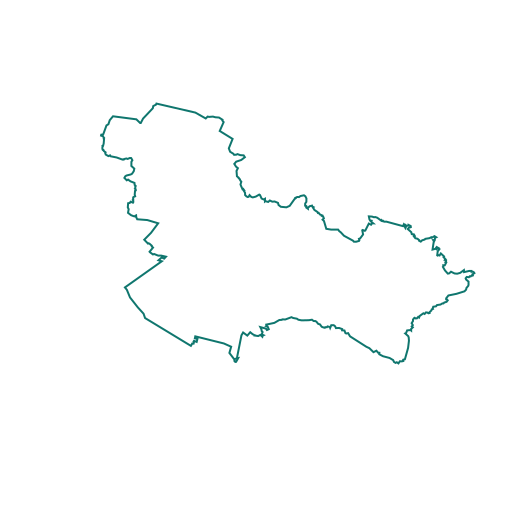 the district of Villa Corona, Jalisco, Mexico, rotated 122°
{"feature_id": "50627088B54593739216200", "entity_name": "Villa Corona", "entity_type": "district", "adm_level": 2, "iso_a3": "MEX", "parent_name": "Mexico", "parent_adm1": "Jalisco", "projection": "albers", "projection_center": [-103.727, 20.389], "detail": "fine", "context": "isolated", "style": "outline", "palette": "teal", "viewbox_px": 512, "rotation_deg": 122, "n_neighbors": 0, "source": "geoboundaries", "source_scale": "gbopen_adm2", "svg_char_len": 6059}
<svg xmlns="http://www.w3.org/2000/svg" viewBox="0 0 512 512"><g transform="rotate(122 256 256)"><path d="M275.3,105.4L272.5,103.7L273.3,101.2L272.7,100.1L274.0,99.4L273.7,95.2L271.7,88.7L271.6,84.5L272.7,82.9L272.7,81.0L271.5,80.3L271.6,78.3L269.0,78.2L268.1,76.5L267.0,75.4L266.6,75.7L266.9,76.1L265.9,76.2L264.7,75.0L263.6,75.3L253.4,78.3L246.8,81.4L244.2,83.3L243.3,84.4L242.6,88.4L241.8,87.9L239.0,88.4L236.9,85.7L237.0,84.9L235.6,85.8L233.4,85.2L233.2,86.6L231.5,86.4L230.5,88.4L228.0,88.4L226.7,89.2L224.9,89.0L224.3,88.7L224.4,87.6L223.6,86.5L221.7,86.2L221.8,85.1L220.1,85.4L215.9,83.7L215.8,82.3L213.8,82.0L213.2,80.9L213.2,79.4L212.4,78.6L211.9,79.1L209.3,78.4L208.2,78.7L207.1,77.9L206.8,78.4L205.1,78.8L203.3,76.7L201.7,76.5L199.4,73.8L197.4,72.8L196.9,71.9L195.7,71.7L193.9,70.1L192.0,69.9L191.6,71.3L191.9,71.8L191.1,72.3L187.5,71.9L181.8,65.9L175.5,60.5L173.2,60.0L171.6,60.6L168.8,60.2L167.8,60.5L165.1,62.2L164.6,65.4L163.8,66.4L162.1,66.2L161.2,64.2L159.8,63.9L159.6,63.1L158.5,62.8L157.8,61.8L157.4,61.8L156.8,62.7L154.8,61.7L154.4,62.4L154.4,63.7L155.2,64.9L154.5,65.4L155.6,67.2L159.4,71.0L157.8,72.2L162.1,73.9L164.4,76.0L165.6,78.4L166.0,82.3L168.4,83.0L169.3,84.0L168.1,88.1L166.2,91.7L165.6,91.6L164.6,92.3L163.8,91.0L160.8,91.2L160.8,92.1L159.9,91.9L158.8,92.6L159.3,93.8L158.2,93.9L157.6,96.3L156.7,96.3L155.9,100.6L158.3,100.6L158.6,101.9L159.4,102.2L159.4,102.7L155.7,104.4L153.0,104.1L153.0,104.8L152.5,105.1L152.6,106.2L155.6,106.7L152.7,106.4L152.6,107.5L155.0,107.8L157.0,109.7L150.0,112.7L149.4,112.6L148.6,114.2L147.7,112.9L145.7,113.8L144.6,113.1L144.6,115.2L147.4,116.6L147.2,117.3L149.0,118.4L151.7,121.5L152.7,121.7L154.6,123.4L156.5,123.9L156.6,125.8L156.1,126.0L155.8,128.2L156.5,130.3L155.7,132.4L154.9,131.9L154.3,133.0L154.5,133.6L154.1,133.8L154.9,135.5L153.5,137.0L152.7,141.6L151.1,141.4L149.5,140.0L148.6,140.7L148.8,143.1L149.3,142.8L150.6,144.3L150.5,145.5L151.6,144.7L151.4,144.3L153.1,144.1L151.1,147.4L152.8,147.2L157.8,163.7L159.0,165.5L158.8,167.1L159.5,167.3L159.7,168.1L159.1,168.9L159.6,169.2L159.3,173.5L159.8,175.6L160.6,176.4L161.1,178.5L162.6,181.3L164.8,179.2L165.4,178.1L164.9,176.8L165.8,176.8L166.2,173.9L166.8,174.9L168.5,175.0L168.7,177.5L176.5,176.8L177.0,177.1L177.4,179.3L177.9,179.5L181.0,176.6L185.8,177.0L186.9,177.8L187.8,176.7L188.6,176.6L190.9,178.7L192.0,180.6L191.6,181.9L192.2,192.1L191.0,196.6L190.8,198.6L190.1,200.3L193.8,206.3L195.7,210.8L190.3,216.9L189.9,218.8L188.1,218.4L187.0,219.9L187.1,221.3L186.5,221.3L186.9,223.8L186.2,225.8L186.7,226.3L186.1,227.3L186.0,230.8L184.8,233.3L184.1,233.1L184.2,234.5L183.6,235.2L185.4,236.9L186.7,237.2L187.4,237.9L188.4,237.1L188.3,239.1L187.0,239.9L187.3,241.0L186.3,241.6L185.4,242.1L183.4,242.0L180.5,243.7L179.2,245.8L179.1,247.5L181.6,250.1L183.2,250.7L184.1,252.3L185.8,253.4L186.0,253.0L187.3,253.5L195.6,254.0L198.6,256.0L201.1,261.0L200.8,263.9L199.3,265.5L199.9,269.1L201.3,271.0L201.6,273.7L203.7,274.3L204.5,277.1L205.0,277.3L202.7,278.7L204.0,279.4L204.3,281.7L202.2,284.9L202.2,285.8L205.8,287.7L208.0,289.8L208.4,291.3L207.8,293.7L209.7,293.6L210.4,294.3L210.5,295.7L210.1,297.5L208.2,298.8L207.3,300.6L206.7,300.5L205.9,302.4L206.6,302.7L204.3,306.1L203.5,307.1L200.8,307.8L200.2,309.5L199.5,310.2L199.2,311.9L198.8,312.1L198.5,314.4L194.2,317.6L191.1,317.9L190.8,320.3L189.4,323.2L186.5,322.8L182.4,319.4L178.1,317.8L177.2,319.8L178.8,322.8L179.4,325.7L180.6,326.5L181.8,328.2L181.3,329.4L181.3,333.2L179.1,336.1L169.1,337.9L169.2,353.0L159.6,354.4L158.9,356.4L158.2,356.6L158.2,360.8L159.9,364.0L160.6,366.4L162.9,369.5L163.4,370.9L166.0,371.5L166.5,383.4L179.5,421.2L180.6,421.0L183.3,422.6L185.4,421.8L199.3,424.6L204.3,424.2L204.6,424.7L203.5,429.9L213.3,451.3L218.3,452.0L222.5,451.0L224.5,452.0L233.9,450.0L235.1,451.5L236.0,451.2L235.6,449.4L236.4,447.3L237.3,447.3L237.6,446.7L241.3,444.8L243.2,444.2L243.9,444.5L244.1,444.0L245.0,444.0L246.6,443.0L247.2,442.2L246.9,441.6L247.6,440.7L247.8,438.5L248.6,438.4L249.6,437.2L249.5,434.1L248.0,433.1L248.5,432.2L246.3,426.4L245.0,420.3L244.3,419.9L244.3,419.2L243.2,418.8L242.0,417.6L241.7,416.3L239.7,414.9L239.1,413.7L240.3,411.6L242.1,411.6L245.7,409.4L246.4,405.5L248.9,404.6L251.9,404.7L253.2,405.4L256.4,408.5L257.7,409.1L259.5,409.0L260.3,405.7L259.0,405.0L259.2,402.0L258.4,397.8L260.0,396.6L260.4,395.1L261.4,395.1L262.4,394.2L263.1,394.3L263.5,393.1L264.1,392.7L264.9,393.1L268.2,391.4L269.4,390.1L271.0,391.2L271.9,391.0L273.0,390.1L273.8,390.2L274.1,389.4L275.3,388.6L276.0,388.6L276.4,391.1L278.0,391.2L279.0,392.4L282.7,390.5L283.8,388.8L287.2,387.4L287.6,383.6L287.1,381.0L286.5,379.3L285.7,379.6L285.1,379.2L286.6,378.1L287.8,376.2L283.1,367.2L280.1,356.3L292.0,357.3L301.4,359.4L302.7,354.2L302.2,354.0L302.0,352.9L302.5,349.8L303.1,349.5L303.4,347.8L308.8,348.5L309.0,347.9L309.3,344.2L308.3,343.5L307.5,339.1L305.9,336.6L304.3,332.0L306.9,332.5L307.2,335.2L311.3,336.4L310.4,333.1L352.1,350.5L353.1,347.6L357.9,340.9L362.2,329.0L364.5,320.8L367.4,317.2L366.7,263.6L364.0,263.7L363.4,262.5L362.1,262.9L361.7,263.6L360.8,263.6L360.3,260.8L357.4,261.7L358.2,264.2L356.3,264.9L347.2,236.9L346.1,229.0L352.3,227.2L355.1,219.8L354.5,219.3L356.4,218.8L356.8,217.4L356.3,216.8L352.0,217.0L352.9,218.0L331.0,226.3L327.7,226.4L328.1,221.2L323.7,220.5L324.1,217.5L323.9,214.6L323.2,214.0L323.8,214.2L322.7,211.7L320.6,210.5L321.1,207.9L319.6,208.5L319.9,208.0L319.2,207.6L319.5,209.6L317.0,210.1L316.7,211.3L315.3,212.6L314.0,214.7L312.3,209.1L313.0,207.5L311.3,206.4L309.7,208.7L310.1,210.3L309.3,210.1L308.7,210.9L303.0,205.0L297.9,202.3L296.5,200.3L295.8,200.1L294.3,197.5L289.1,193.5L288.9,191.7L287.5,188.1L287.6,186.3L286.4,183.2L282.4,177.1L280.4,174.8L280.6,172.7L279.7,171.1L279.7,169.9L280.6,167.3L280.1,165.5L281.2,162.8L280.8,160.7L280.4,159.6L279.7,159.6L278.8,158.1L277.8,158.0L277.1,155.8L277.7,155.0L274.8,155.5L273.5,153.4L273.7,151.6L274.8,150.0L273.0,147.4L272.3,144.2L273.4,143.6L272.3,141.5L274.0,139.3L273.9,138.4L272.6,137.0L274.3,133.7L274.5,114.3L274.1,111.0L275.3,105.4Z" fill="none" stroke="#0f766e" stroke-width="2"/></g></svg>